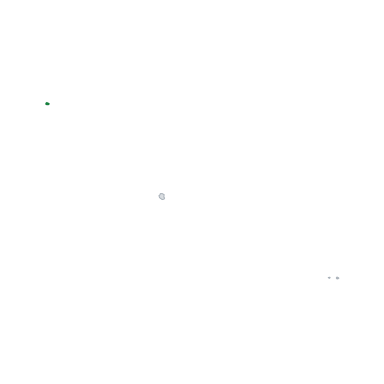 location of Utwe, Kosrae, Federated States of Micronesia, rotated 200°
{"feature_id": "79324940B42296922872793", "entity_name": "Utwe", "entity_type": "district", "adm_level": 2, "iso_a3": "FSM", "parent_name": "Federated States of Micronesia", "parent_adm1": "Kosrae", "projection": "orthographic", "projection_center": [162.945, 5.291], "detail": "fine", "context": "in_parent", "style": "filled", "palette": "green", "viewbox_px": 384, "rotation_deg": 200, "n_neighbors": 0, "source": "geoboundaries", "source_scale": "gbopen_adm2", "svg_char_len": 1354}
<svg xmlns="http://www.w3.org/2000/svg" viewBox="0 0 384 384"><g transform="rotate(200 192 192)"><path d="M221.2,179.6L219.5,180.3L217.3,180.0L216.7,177.6L215.7,176.9L215.9,175.7L217.5,174.7L220.6,175.6L221.8,177.3L221.1,178.4L221.2,179.6ZM26.9,161.3L26.6,161.7L24.9,161.5L24.6,161.3L24.8,161.1L25.6,161.0L25.7,160.4L25.3,160.3L25.7,160.0L26.4,160.0L26.8,160.3L27.0,160.8L26.9,161.3ZM358.8,224.4L359.1,225.8L357.2,225.1L357.0,224.6L358.1,224.1L358.8,224.4ZM33.7,158.9L33.2,159.0L33.0,158.9L33.1,158.1L33.3,157.9L33.7,157.9L34.6,158.1L34.6,158.3L33.7,158.9Z" fill="#d9dde1" stroke="#a8b0b8" stroke-width="1"/><path d="M358.9,224.7L358.7,224.7L358.5,224.8L358.4,224.9L358.3,225.0L358.2,225.0L357.9,225.0L357.7,225.1L357.5,225.3L357.4,225.3L357.2,225.4L356.9,225.4L356.9,225.5L356.7,225.5L356.6,225.8L356.8,225.9L357.0,226.0L357.3,226.0L357.5,226.1L357.8,226.1L358.0,226.1L358.2,225.9L358.3,225.9L358.2,225.9L358.3,225.8L358.2,225.8L358.2,226.0L357.9,226.1L357.7,226.1L357.4,226.1L357.2,226.0L357.2,225.9L357.2,226.0L357.3,226.0L357.5,226.0L357.8,226.0L357.8,225.9L358.0,225.9L358.1,225.7L358.1,225.8L358.1,225.7L358.3,225.7L358.4,225.8L358.5,225.8L358.6,226.0L358.8,226.1L358.9,225.9L359.0,225.9L359.1,225.7L359.3,225.6L359.4,225.4L359.3,225.2L359.2,224.8L358.9,224.8L358.9,224.7L358.9,224.7Z" fill="#22c55e" stroke="#15803d" stroke-width="1.5"/></g></svg>